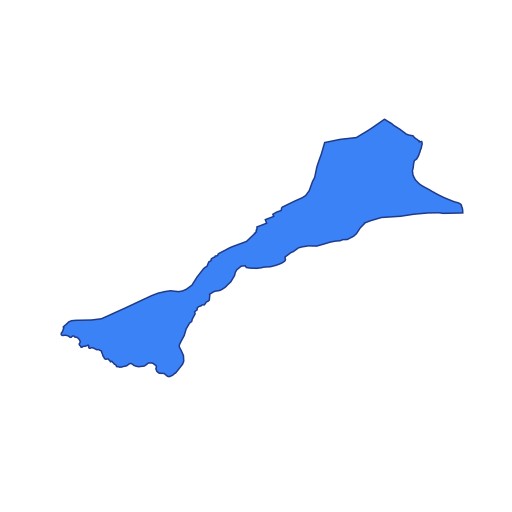 Seruyan, Kalimantan Tengah, Indonesia (Equal Earth projection), rotated 249°
{"feature_id": "22746128B10156150641021", "entity_name": "Seruyan", "entity_type": "district", "adm_level": 2, "iso_a3": "IDN", "parent_name": "Indonesia", "parent_adm1": "Kalimantan Tengah", "projection": "equal_earth", "projection_center": [112.304, -2.121], "detail": "fine", "context": "isolated", "style": "filled", "palette": "blue", "viewbox_px": 512, "rotation_deg": 249, "n_neighbors": 0, "source": "geoboundaries", "source_scale": "gbopen_adm2", "svg_char_len": 5763}
<svg xmlns="http://www.w3.org/2000/svg" viewBox="0 0 512 512"><g transform="rotate(249 256 256)"><path d="M258.5,50.6L257.9,50.9L257.6,50.7L257.0,50.0L255.8,49.2L255.3,48.6L254.8,48.3L253.8,46.6L253.0,46.2L252.2,46.0L251.9,46.2L251.2,46.7L251.1,47.1L251.0,47.7L250.8,47.9L250.4,49.7L250.1,50.1L249.9,50.5L249.2,51.3L248.7,52.1L247.9,52.6L246.9,53.1L246.6,53.5L246.5,54.0L246.4,54.6L246.8,55.2L246.9,55.6L247.0,56.3L246.9,56.8L246.6,57.1L246.3,57.4L245.6,57.8L245.3,57.8L244.9,58.2L244.8,58.6L244.5,59.4L244.3,59.7L243.9,59.8L243.6,60.1L243.3,60.4L242.3,60.6L241.9,60.9L241.3,61.2L240.7,61.1L239.6,61.3L238.5,61.0L237.6,59.8L237.2,59.4L236.9,59.3L236.0,59.3L234.8,60.0L233.7,59.9L233.4,60.3L233.2,60.6L233.2,61.2L233.5,61.7L233.5,62.1L233.3,63.5L233.1,63.8L232.9,64.3L232.9,64.9L233.0,66.7L232.9,67.3L232.6,67.6L232.0,67.6L231.6,67.4L231.4,67.2L230.9,67.1L230.5,67.1L229.7,67.3L229.4,67.7L229.3,68.3L229.4,69.4L229.3,69.9L228.6,70.7L228.4,71.2L227.7,71.9L227.0,72.4L226.4,73.0L225.7,73.6L225.4,74.1L225.3,74.9L224.8,75.8L224.4,76.0L223.4,76.9L222.8,77.6L222.4,77.7L221.5,77.4L220.5,77.4L219.8,77.5L219.4,77.5L217.8,77.3L217.4,77.3L217.1,77.5L216.6,77.6L216.1,77.6L215.4,77.8L214.5,77.8L213.7,78.4L213.4,79.0L213.3,79.5L213.2,80.1L213.1,80.7L212.9,81.0L211.2,81.7L210.7,82.1L209.6,82.1L209.3,82.4L209.5,82.7L209.5,83.2L209.4,83.5L209.1,83.8L207.9,84.2L207.0,84.7L206.4,84.9L205.9,84.9L205.6,85.2L205.3,85.6L204.7,85.9L204.3,86.2L203.8,86.3L203.2,86.2L202.8,86.2L202.5,86.6L202.3,86.9L202.2,87.7L201.3,88.5L201.0,89.0L200.8,90.0L200.5,90.5L200.4,92.4L199.9,95.1L199.9,96.0L200.1,96.9L200.4,97.8L200.7,98.8L200.7,100.2L200.2,101.1L198.9,102.1L197.6,102.8L195.8,104.9L195.3,105.9L194.6,106.9L194.2,108.9L193.9,109.8L193.3,112.2L194.0,115.3L194.4,116.1L194.6,117.4L194.4,118.2L194.1,118.6L193.5,120.4L193.1,120.8L192.6,121.5L191.4,122.1L189.8,123.2L188.9,123.5L187.7,123.0L186.6,122.1L183.9,122.1L183.0,122.5L181.2,123.7L180.4,125.5L179.9,126.7L179.2,128.2L178.5,128.6L176.3,129.7L175.0,130.7L174.4,132.0L174.5,134.6L174.7,135.9L174.9,136.5L175.4,137.5L175.7,138.6L175.5,138.9L181.3,148.7L183.8,150.9L189.1,152.6L194.5,152.3L198.8,151.8L200.6,152.7L203.4,155.7L207.5,160.5L212.9,164.6L217.3,170.1L217.9,172.5L219.7,173.7L220.8,174.9L223.9,178.5L225.8,178.6L226.4,180.1L226.8,181.7L228.6,182.6L229.1,183.9L229.3,184.6L229.1,186.7L229.6,187.8L229.5,188.7L228.9,190.3L230.8,193.1L231.1,195.6L231.6,196.6L236.1,198.9L236.9,198.9L237.3,200.9L237.7,203.3L237.8,205.3L237.1,208.2L236.8,210.1L237.0,212.0L237.4,214.2L237.9,216.1L238.4,217.4L239.0,218.5L240.9,223.2L245.4,228.9L248.2,230.9L250.0,233.1L251.8,238.5L250.8,242.4L250.5,242.3L248.7,242.9L246.8,246.2L244.2,252.3L243.0,257.4L242.9,259.0L242.2,261.3L241.8,262.6L241.0,264.8L240.8,265.9L240.7,266.6L240.5,268.3L240.2,270.8L240.1,273.6L240.1,275.9L240.3,278.4L240.9,281.0L242.0,282.2L244.6,282.6L246.7,289.9L246.7,292.2L248.4,298.6L248.0,302.3L246.7,308.5L243.5,316.3L242.8,324.2L242.4,329.9L241.5,335.3L240.1,340.0L240.2,342.8L238.7,347.1L239.5,354.2L240.8,357.7L244.9,363.4L247.7,369.5L247.9,369.4L247.9,375.5L247.0,386.9L241.3,405.2L238.5,418.1L234.6,431.9L230.8,442.3L228.7,446.1L222.1,464.5L223.1,464.8L224.5,465.3L225.3,465.5L225.8,465.6L227.1,465.8L227.7,465.7L228.1,465.8L228.6,465.7L229.1,465.7L229.7,466.0L229.9,466.0L230.9,465.7L231.7,465.2L232.2,464.8L233.4,463.6L235.0,461.3L237.2,458.7L237.5,458.4L238.1,457.8L240.9,454.8L241.1,454.5L241.4,454.3L243.2,452.4L246.4,449.4L250.7,445.6L250.8,445.5L250.9,445.3L251.1,445.3L251.3,445.2L253.0,443.7L256.2,441.2L256.7,440.7L257.6,440.0L258.4,439.2L258.8,438.9L260.1,437.8L262.3,436.0L264.3,434.6L266.1,433.7L269.4,432.3L270.0,432.1L271.0,431.9L271.7,431.9L273.2,431.7L275.8,431.6L277.6,432.2L278.9,432.3L280.4,433.2L281.0,433.6L281.2,433.8L282.3,434.5L283.3,435.0L283.5,435.0L283.6,434.8L283.5,435.0L283.8,435.2L283.9,435.3L284.5,435.6L284.8,435.8L285.0,435.9L285.9,436.4L286.0,436.4L288.0,437.8L288.6,439.0L288.7,439.7L288.8,440.1L288.9,440.4L289.1,440.5L289.1,441.0L289.8,441.7L289.9,441.8L290.0,441.9L290.0,442.0L290.3,442.3L290.4,442.6L290.7,443.0L291.3,443.4L291.7,444.0L292.3,444.5L292.7,444.8L292.9,445.0L293.1,445.1L293.3,445.3L294.0,445.9L294.1,446.1L294.5,446.4L296.3,447.7L296.8,448.3L297.7,449.1L298.1,449.3L298.9,449.8L299.6,450.1L299.8,450.4L300.5,450.9L301.7,451.5L303.5,451.7L303.7,451.3L303.6,451.0L303.8,450.2L304.1,449.3L304.6,449.3L304.6,449.6L304.8,449.7L306.0,448.7L307.0,448.2L308.5,447.0L309.0,446.8L309.5,446.6L310.3,446.1L311.7,445.8L312.2,445.3L312.4,444.9L313.3,443.4L314.4,441.7L315.0,441.0L315.5,440.6L315.6,440.3L316.1,439.9L316.9,439.2L317.1,439.2L317.0,439.3L317.6,439.1L319.7,437.6L319.8,437.6L321.9,436.3L322.7,435.8L328.7,431.3L331.2,430.0L331.4,429.8L331.4,429.7L332.6,428.9L332.6,428.7L332.8,428.7L335.3,426.7L336.5,425.9L337.6,424.9L334.0,410.2L333.1,406.1L330.6,392.1L330.9,391.1L331.8,387.6L334.7,376.5L337.3,360.8L327.6,353.4L322.2,348.7L317.3,344.7L308.4,339.0L305.2,335.4L297.9,329.1L294.6,324.0L293.8,319.8L293.4,311.9L292.2,298.0L291.5,297.0L289.5,295.9L289.6,290.9L288.9,286.7L286.6,286.7L286.6,277.7L282.8,277.7L282.8,267.3L280.9,266.7L280.6,266.0L280.3,266.0L279.4,265.1L278.6,265.1L278.4,265.0L278.4,264.6L277.7,263.4L277.7,262.8L277.2,262.8L277.1,262.2L273.0,252.3L273.2,237.3L273.1,234.5L272.1,226.0L271.7,222.7L271.4,221.4L270.5,220.7L270.1,219.6L270.5,218.5L270.5,217.8L269.7,217.0L269.9,216.3L269.4,213.4L269.0,212.9L268.1,212.7L267.5,211.8L267.6,210.4L267.3,209.7L265.4,207.9L264.0,206.7L263.6,204.4L263.0,202.6L257.4,193.3L251.7,185.7L249.9,179.0L249.7,174.8L250.5,170.9L254.2,163.7L255.6,157.4L255.7,156.0L256.4,151.5L256.4,144.6L255.9,136.9L254.3,115.2L252.8,89.2L255.2,79.5L260.5,64.8L261.7,60.6L261.6,57.6L260.4,54.8L258.9,50.7L258.5,50.6Z" fill="#3b82f6" stroke="#1e3a8a" stroke-width="1.5"/></g></svg>